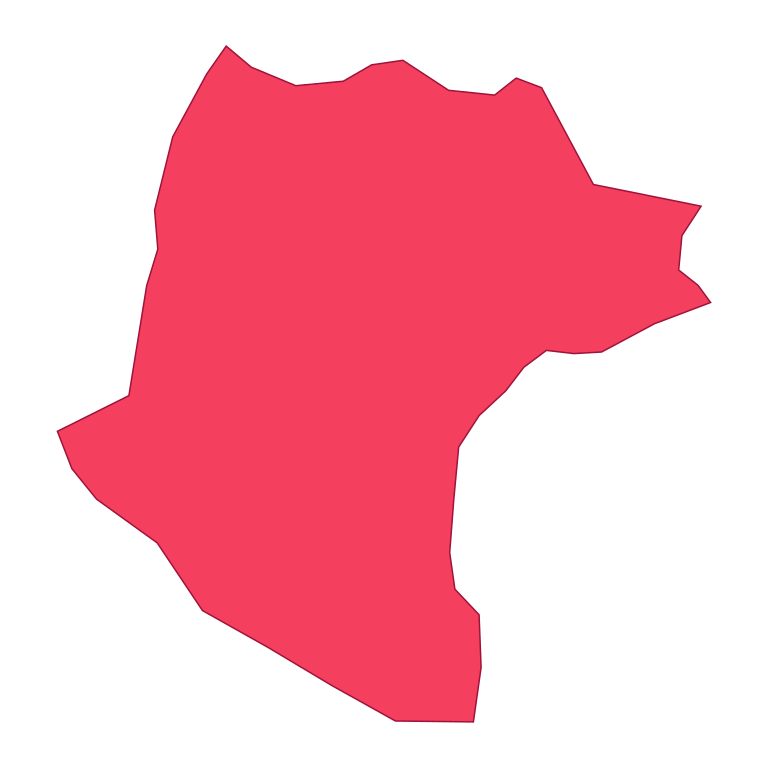 the Province of Santiago Rodríguez
{"feature_id": "DOM-1391", "entity_name": "Santiago Rodríguez", "entity_type": "Province", "adm_level": 1, "iso_a3": "DOM", "parent_name": "Dominican Republic", "parent_adm1": "", "projection": "natural_earth1", "projection_center": [-71.283, 19.365], "detail": "fine", "context": "isolated", "style": "filled", "palette": "rose", "viewbox_px": 768, "rotation_deg": 0, "n_neighbors": 0, "source": "natural_earth", "source_scale": "10m", "svg_char_len": 657}
<svg xmlns="http://www.w3.org/2000/svg" viewBox="0 0 768 768"><path d="M226.2,46.1L251.3,67.2L295.8,85.7L343.3,81.2L371.7,64.8L402.9,60.3L448.6,90.3L494.6,95.1L516.2,78.1L541.6,87.7L593.4,184.5L701.1,206.2L681.9,235.7L678.7,270.0L698.1,285.4L710.6,302.5L654.5,323.7L601.6,352.0L574.0,353.6L546.4,350.4L523.9,367.2L505.9,390.7L479.2,415.5L458.7,447.0L453.8,499.4L449.7,552.7L454.9,589.2L479.1,614.8L481.1,667.5L473.4,721.9L395.4,721.0L332.1,685.7L267.8,647.3L202.5,610.6L157.2,542.9L96.6,499.2L71.9,468.7L57.4,431.3L128.9,395.6L146.7,285.6L157.8,249.2L154.6,210.1L172.7,136.9L206.8,73.8L226.2,46.1Z" fill="#f43f5e" stroke="#9f1239" stroke-width="1.5"/></svg>